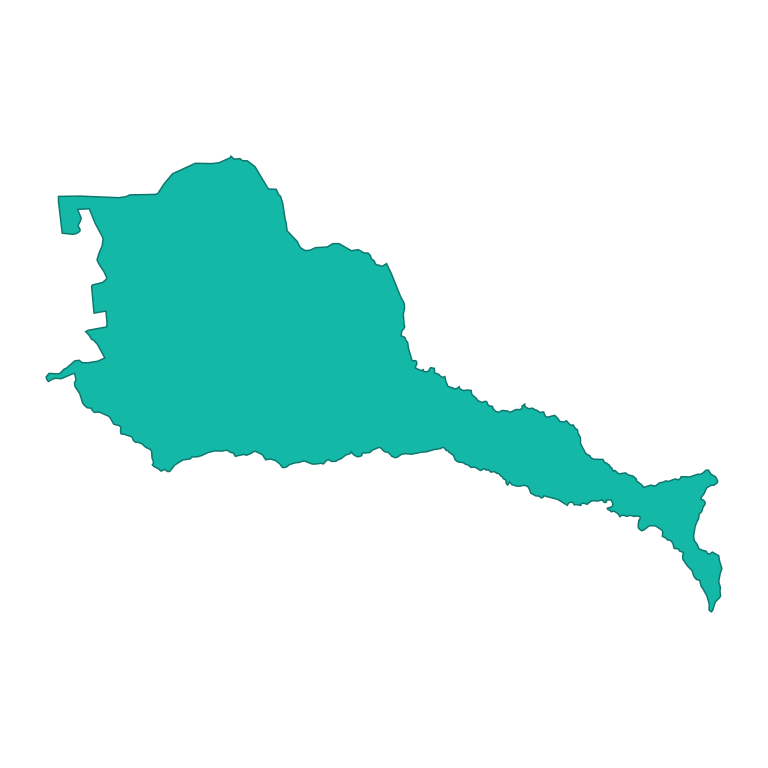 outline of North Imenti, Eastern, Kenya
{"feature_id": "3690345B12906040129315", "entity_name": "North Imenti", "entity_type": "district", "adm_level": 2, "iso_a3": "KEN", "parent_name": "Kenya", "parent_adm1": "Eastern", "projection": "robinson", "projection_center": [37.763, 0.044], "detail": "fine", "context": "isolated", "style": "filled", "palette": "teal", "viewbox_px": 768, "rotation_deg": 0, "n_neighbors": 0, "source": "geoboundaries", "source_scale": "gbopen_adm2", "svg_char_len": 6073}
<svg xmlns="http://www.w3.org/2000/svg" viewBox="0 0 768 768"><path d="M46.1,377.0L47.0,379.8L48.4,381.5L52.9,378.9L55.8,378.3L61.2,378.7L72.9,373.7L74.7,373.6L76.0,380.0L74.6,382.3L74.6,384.9L75.4,387.2L79.8,393.7L82.6,403.0L84.9,405.9L87.2,407.7L91.4,408.3L91.9,409.9L94.2,412.4L99.1,412.0L108.6,416.2L110.2,417.9L113.8,424.2L119.2,425.6L120.8,427.1L120.5,431.9L121.2,434.0L123.7,434.1L131.9,436.9L133.6,440.8L135.9,442.4L137.6,442.2L141.6,443.6L145.9,447.4L150.3,449.4L151.6,451.3L152.1,458.3L153.4,461.7L153.3,463.5L152.3,464.8L153.9,466.5L158.1,468.6L161.1,471.1L164.6,469.4L167.8,471.6L169.8,471.4L174.8,465.0L183.0,459.9L190.3,458.9L191.9,457.0L197.4,456.8L201.8,455.5L207.9,452.6L214.5,450.9L221.7,451.1L226.8,450.1L230.6,452.4L233.3,452.9L235.3,456.3L243.7,454.4L246.5,455.2L251.1,453.4L253.9,451.4L255.9,451.5L262.4,454.7L265.7,459.8L270.5,459.0L275.5,460.6L279.6,463.7L282.4,467.4L284.2,467.6L286.6,466.9L289.7,464.5L295.8,462.7L299.1,462.5L302.6,461.2L304.6,461.1L311.8,463.9L314.0,464.2L321.0,463.3L323.4,463.9L326.9,460.2L328.4,459.6L331.4,461.4L335.8,461.3L338.0,459.8L340.6,459.0L346.0,454.9L350.3,453.6L351.1,451.8L353.7,454.8L355.4,455.8L357.5,456.8L359.6,456.5L361.6,455.7L362.3,453.5L363.7,452.7L365.5,453.2L367.1,452.6L369.4,452.7L372.7,450.0L378.7,447.5L380.4,447.6L384.2,451.5L388.7,452.7L391.7,456.2L395.1,457.7L397.3,457.2L401.7,454.2L405.7,453.7L411.7,454.2L422.0,452.1L426.5,451.8L434.4,449.5L440.3,448.6L442.9,447.3L444.3,447.9L446.2,450.5L447.8,450.5L448.9,452.1L453.5,455.4L455.0,459.5L456.6,461.1L458.8,462.2L463.1,462.6L465.6,464.3L467.9,464.9L471.0,467.4L475.0,467.1L480.4,470.5L483.7,469.0L485.2,469.0L486.3,470.2L488.3,469.7L491.1,472.2L493.2,471.6L495.3,472.1L496.7,473.4L498.5,473.3L501.0,476.2L502.3,476.7L503.1,478.5L505.9,480.1L506.4,483.9L507.7,485.0L509.5,481.9L511.8,484.6L516.9,486.2L520.1,486.2L523.8,485.3L527.6,486.3L529.5,489.4L530.7,493.1L535.6,495.8L539.4,496.2L541.1,497.9L542.8,497.5L543.9,495.8L557.7,499.4L567.3,505.3L568.6,503.0L570.8,502.2L572.9,502.5L574.2,504.8L576.4,504.6L580.7,505.4L581.7,503.4L583.8,503.2L587.1,504.3L590.7,501.4L593.3,500.6L597.2,501.1L602.2,499.9L603.4,501.6L604.9,502.6L606.5,502.0L606.1,500.1L610.3,499.8L611.7,501.0L612.6,503.1L612.7,505.6L611.3,507.0L607.3,508.2L608.0,509.7L609.7,510.1L611.2,511.8L613.8,511.1L616.5,512.6L618.6,514.4L619.8,516.7L621.8,515.3L623.6,515.2L626.6,516.4L630.4,515.3L633.9,516.4L638.0,516.0L639.9,516.7L640.2,518.7L638.8,520.4L638.1,525.9L638.5,528.1L639.9,529.5L641.7,530.8L644.0,529.9L649.4,525.7L655.5,525.9L661.9,530.2L662.8,532.1L662.3,536.3L666.3,538.3L667.6,540.1L669.9,540.1L671.7,541.7L672.9,543.6L674.1,548.3L678.7,549.1L679.4,550.9L683.4,552.5L682.6,556.3L683.0,559.6L687.8,566.4L692.1,570.7L693.7,575.9L694.9,577.7L696.4,579.4L699.7,580.4L701.2,586.5L702.7,588.3L706.9,595.9L709.2,603.9L709.1,610.2L711.4,611.8L712.6,610.5L715.3,601.9L719.7,597.6L720.6,595.9L720.0,591.5L720.4,587.3L718.8,582.3L718.9,580.7L720.1,573.9L721.9,568.5L719.4,560.5L718.8,555.8L712.4,552.1L709.6,554.1L707.4,553.3L706.1,551.1L702.3,550.3L698.9,548.7L697.1,544.2L694.3,540.6L693.6,536.2L695.1,526.6L697.1,521.3L698.5,519.1L699.3,513.7L700.9,512.6L702.1,510.6L703.0,507.3L705.1,504.1L705.0,501.9L703.3,500.0L701.4,499.6L701.1,497.8L704.2,493.4L706.6,488.0L710.6,485.5L714.3,485.1L717.5,482.5L717.6,480.6L715.5,476.8L711.0,474.2L708.4,470.1L705.9,470.2L702.7,473.2L699.7,474.5L697.7,474.2L689.9,476.9L681.1,476.7L680.2,478.6L678.5,479.8L675.1,478.9L668.6,481.4L665.7,480.9L663.1,482.2L659.5,482.8L656.0,485.5L653.9,486.3L652.7,485.4L650.6,485.2L643.6,487.4L642.2,485.3L638.6,482.3L636.8,481.5L636.3,479.0L632.9,476.0L628.2,474.9L625.5,472.9L618.9,473.9L615.0,470.5L613.2,470.9L611.6,467.8L610.1,466.7L609.3,465.2L606.3,463.0L604.7,462.6L602.9,459.4L593.6,459.2L591.1,457.8L589.7,455.6L587.0,454.4L585.4,452.9L580.6,443.7L580.4,437.6L577.9,432.9L577.5,429.8L575.3,428.4L573.0,424.8L571.7,425.4L570.1,424.8L566.3,420.7L564.0,422.1L559.5,421.3L558.5,419.2L554.8,415.4L547.4,417.1L545.5,416.6L543.6,412.0L539.2,412.3L537.6,410.6L535.3,409.9L532.6,408.2L528.5,408.7L525.0,406.6L524.7,404.1L522.0,406.2L522.1,408.1L520.3,409.6L516.1,409.5L510.1,412.3L507.6,411.0L502.2,410.4L499.1,412.1L497.5,412.0L495.6,411.2L494.1,409.8L492.9,408.4L492.5,406.5L488.3,405.5L486.6,401.6L484.9,401.3L482.0,402.5L477.8,400.5L476.1,398.1L472.4,395.1L471.5,393.2L471.2,390.5L467.3,390.0L463.4,390.6L460.1,389.0L459.1,386.7L457.1,388.4L453.8,388.9L452.8,387.8L448.0,386.5L445.8,381.0L444.9,376.6L442.8,377.4L440.4,376.2L438.8,374.3L434.6,372.9L434.4,368.4L430.6,367.6L428.4,371.2L426.3,371.8L423.8,371.4L423.1,369.6L421.2,370.6L415.5,368.1L415.7,366.0L416.8,364.2L416.7,362.3L415.8,360.6L413.7,360.9L411.9,360.2L408.5,348.4L407.7,342.5L405.6,339.9L405.3,338.1L404.0,336.9L401.2,336.0L401.8,330.8L403.7,328.9L404.8,326.6L404.1,324.5L403.3,314.1L404.5,308.7L404.4,304.4L403.5,301.8L400.7,296.9L391.4,273.7L386.5,263.6L382.8,266.0L380.8,266.1L379.0,265.1L376.6,264.9L375.2,263.5L374.4,261.1L371.4,258.7L370.2,255.2L367.9,253.0L364.2,253.0L358.4,249.7L351.3,250.7L339.0,243.6L332.9,243.6L327.2,247.0L315.3,247.7L310.3,250.1L307.7,250.5L305.0,250.5L301.7,248.5L299.9,246.9L297.1,241.3L287.1,230.8L286.1,222.4L285.3,220.1L282.7,203.2L280.6,196.5L278.3,194.1L276.3,189.4L268.3,188.9L255.0,166.7L247.4,160.9L242.2,160.6L240.0,158.6L234.1,159.1L231.0,156.2L230.3,157.7L219.4,162.6L212.2,163.6L195.3,163.3L172.6,173.7L164.2,183.7L157.9,193.4L155.6,194.4L129.8,194.9L125.9,196.7L118.9,197.7L80.0,196.1L58.5,196.4L58.5,201.4L62.2,233.2L72.6,234.3L76.1,233.7L78.7,232.2L80.0,230.9L80.0,229.2L78.5,226.7L78.3,224.9L80.5,220.7L81.2,218.2L77.6,209.4L89.3,208.8L95.2,223.4L102.3,236.6L103.1,239.1L102.1,246.0L99.2,252.7L97.0,259.8L98.5,263.3L104.0,271.8L106.8,277.8L105.9,279.7L102.4,282.5L92.4,285.0L91.6,286.4L94.0,313.1L105.9,311.1L107.0,322.7L106.7,326.9L88.1,330.3L85.7,331.6L89.1,335.2L91.5,339.2L93.7,340.3L97.4,344.3L104.8,358.0L97.4,361.3L87.6,362.8L82.3,362.7L79.2,360.3L74.9,360.8L66.6,368.0L64.1,369.1L60.1,373.2L58.4,373.9L49.1,373.4L46.1,377.0Z" fill="#14b8a6" stroke="#0f766e" stroke-width="1.5"/></svg>